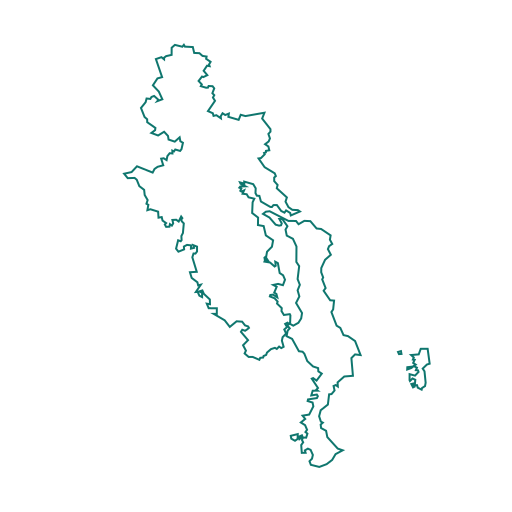 the district of Stereas Elladas, Stereá Elláda, Greece, rotated 46°
{"feature_id": "26713481B15414951167649", "entity_name": "Stereas Elladas", "entity_type": "district", "adm_level": 2, "iso_a3": "GRC", "parent_name": "Greece", "parent_adm1": "Stereá Elláda", "projection": "natural_earth1", "projection_center": [23.323, 38.611], "detail": "fine", "context": "isolated", "style": "outline", "palette": "teal", "viewbox_px": 512, "rotation_deg": 46, "n_neighbors": 0, "source": "geoboundaries", "source_scale": "gbopen_adm2", "svg_char_len": 6124}
<svg xmlns="http://www.w3.org/2000/svg" viewBox="0 0 512 512"><g transform="rotate(46 256 256)"><path d="M47.8,167.7L47.6,172.0L52.7,177.0L49.8,181.8L49.5,184.3L50.7,185.5L47.3,185.9L44.8,191.2L62.1,199.3L59.8,203.5L61.6,211.6L70.2,211.7L78.2,214.5L76.1,219.3L75.9,217.7L70.1,218.1L69.0,220.7L69.6,222.9L66.7,225.3L68.7,228.6L69.6,235.9L78.6,239.6L82.0,239.3L84.2,241.3L94.0,239.4L95.4,241.2L94.8,245.8L101.3,242.7L102.8,235.8L108.5,235.9L111.5,238.0L117.3,235.0L117.6,228.5L120.9,230.7L123.8,229.9L127.4,235.4L127.7,237.6L123.3,240.1L123.8,242.4L122.1,243.0L124.2,244.9L122.1,246.7L122.6,250.4L124.9,253.7L121.6,254.5L120.1,256.6L126.3,259.7L123.5,264.8L122.9,268.5L124.2,272.4L108.8,279.3L109.2,287.2L105.2,293.7L110.9,294.2L115.5,289.1L118.3,288.8L124.7,291.4L130.7,290.5L134.8,293.7L140.5,295.1L142.3,298.5L144.4,297.9L147.6,302.3L149.0,299.5L156.1,295.6L160.7,299.5L162.5,296.8L165.6,298.6L169.9,297.8L170.0,299.7L172.6,300.4L174.8,297.9L173.3,295.8L175.7,295.4L175.0,292.9L172.0,291.1L174.5,288.2L177.5,287.7L175.6,282.4L177.6,282.7L177.9,284.6L179.5,285.3L182.4,285.3L188.7,292.6L189.8,295.8L192.9,298.5L193.1,299.9L190.6,301.1L195.2,308.4L199.0,308.8L201.3,303.1L199.1,301.3L200.1,297.9L203.3,295.3L205.5,297.7L207.1,294.9L204.6,293.6L208.3,291.9L211.8,295.3L212.2,297.9L210.8,299.2L212.7,302.7L226.2,309.6L221.8,314.8L227.1,317.5L234.2,316.4L236.9,318.0L238.3,315.6L240.1,324.3L241.3,322.9L245.2,324.3L248.1,323.3L245.0,320.3L242.0,321.5L243.5,318.5L247.0,319.8L255.2,319.4L258.7,322.6L256.1,324.5L260.7,326.3L266.4,320.5L270.4,324.4L268.3,326.6L280.5,323.2L288.8,324.1L289.5,315.3L293.6,311.6L298.3,312.1L301.2,310.6L302.8,311.0L302.7,313.0L302.2,315.8L299.5,317.1L300.1,319.5L311.0,320.2L311.2,327.3L317.1,329.0L318.2,331.9L323.5,331.4L326.3,328.5L333.0,325.7L332.2,323.7L334.0,321.4L333.2,320.0L334.2,317.4L333.1,315.2L333.4,309.9L335.2,306.2L337.3,305.6L337.2,302.3L339.8,301.8L340.5,299.2L334.9,296.2L332.9,293.3L332.7,288.2L328.5,286.7L328.7,283.0L325.1,282.2L325.8,279.7L327.5,279.7L327.5,277.6L322.6,272.5L321.3,272.1L317.8,276.9L313.3,275.9L311.4,273.7L304.8,273.9L303.8,272.1L299.3,272.0L294.7,274.1L294.0,272.8L295.6,270.6L300.5,269.4L297.5,267.7L295.0,268.3L292.5,262.5L288.8,263.7L291.4,259.5L295.7,256.9L293.2,251.6L288.7,249.9L284.7,250.8L276.3,245.2L273.5,246.1L276.7,248.6L276.5,249.9L270.5,250.4L265.9,253.8L265.3,252.4L267.9,250.6L265.2,250.1L266.0,251.7L264.9,252.3L263.1,251.1L263.2,249.2L264.2,250.5L264.6,250.6L260.6,245.1L260.4,238.1L256.6,232.8L248.0,234.6L239.8,229.7L235.1,233.1L229.8,227.8L222.4,228.9L215.0,221.1L213.6,217.4L208.6,220.6L205.1,219.8L201.9,222.4L200.5,219.0L199.6,221.7L198.2,222.0L197.3,219.7L195.3,220.5L195.1,219.0L198.5,215.2L193.3,216.9L191.9,216.4L195.8,214.1L194.3,212.8L202.4,208.1L207.1,209.2L210.4,212.7L213.2,213.5L215.1,211.8L220.2,214.6L230.7,211.6L231.8,210.5L231.5,208.1L233.9,205.6L241.1,206.6L244.6,205.4L244.1,202.7L248.8,201.5L251.0,202.8L254.5,193.5L252.1,194.0L248.0,197.8L243.4,198.7L237.4,197.0L235.3,193.1L221.7,194.0L219.9,191.1L214.8,190.9L212.2,188.4L212.3,186.2L209.5,185.1L198.1,188.1L187.6,186.4L189.0,184.4L188.9,179.1L187.5,178.6L188.3,176.9L187.3,175.8L189.2,173.0L185.8,171.0L181.9,171.8L182.4,167.3L181.1,164.3L176.8,162.3L176.6,159.2L174.8,157.5L161.4,156.1L158.8,150.4L148.0,166.4L143.8,168.9L146.0,173.9L136.7,179.2L134.7,176.6L133.2,180.2L130.1,180.9L131.0,184.4L132.6,185.6L127.2,186.7L125.7,189.2L123.3,187.9L118.4,189.9L115.9,177.7L112.1,176.9L111.3,174.3L108.6,174.3L106.4,169.6L103.7,169.3L100.8,172.0L101.5,173.6L100.3,175.0L95.5,177.7L94.9,175.8L90.2,175.7L89.4,170.2L90.7,169.6L92.1,165.4L86.4,165.0L85.1,159.0L87.2,157.5L85.6,156.8L84.8,153.8L79.5,154.9L78.2,153.0L74.9,155.5L70.8,155.8L67.0,159.4L61.8,156.3L56.0,161.7L54.0,161.2L54.3,163.6L47.8,167.7ZM293.0,188.0L281.8,190.4L278.3,193.3L268.7,192.7L264.3,196.8L262.7,203.3L258.6,202.9L253.3,208.3L233.3,215.1L231.0,218.1L230.6,221.7L237.7,219.6L247.1,220.1L250.2,218.3L251.3,216.6L250.4,214.8L245.6,213.5L247.7,211.4L256.4,212.7L257.5,216.4L262.7,219.7L269.3,217.5L277.3,220.3L288.3,231.1L293.3,232.0L301.5,242.1L307.2,244.5L309.6,249.9L315.2,252.9L317.6,259.8L329.0,262.5L332.3,266.9L333.5,271.9L332.0,277.6L328.2,278.7L327.4,281.7L331.5,282.0L331.7,285.1L334.9,289.7L340.7,287.6L354.3,291.3L357.2,289.0L359.9,289.1L367.2,292.1L375.1,291.7L379.8,289.2L382.3,291.3L386.3,290.4L387.7,299.0L383.5,299.7L383.0,301.1L394.0,303.1L394.1,305.5L395.7,305.2L392.3,308.8L394.7,313.1L397.9,308.5L399.8,308.9L400.5,310.9L395.3,318.2L396.2,319.6L400.7,317.1L404.0,319.2L407.0,327.9L403.2,333.4L407.4,333.8L406.9,339.4L411.8,338.2L416.5,340.0L417.0,342.7L419.5,342.4L421.5,346.1L419.3,348.3L420.2,350.7L422.8,351.5L423.4,354.8L429.4,359.8L432.0,357.0L429.8,355.9L430.6,352.5L433.4,351.4L438.6,353.3L440.7,356.5L440.8,360.1L444.3,361.6L451.7,357.0L454.8,349.8L455.6,342.9L453.8,336.4L456.0,328.6L451.3,331.0L435.8,330.5L430.4,327.0L425.0,328.7L422.2,326.6L422.3,323.7L420.2,324.4L415.1,321.9L411.9,316.6L412.8,307.5L406.3,299.5L407.8,297.6L407.3,292.9L403.4,290.5L404.2,288.3L406.7,287.8L403.6,285.1L404.0,276.2L409.5,269.5L395.7,258.3L395.6,253.1L399.9,249.6L386.0,243.8L377.5,245.5L373.7,248.0L366.3,245.3L362.1,246.4L348.7,240.7L348.0,237.6L342.3,230.8L339.4,233.4L328.0,231.5L327.4,228.2L318.8,224.6L318.1,222.6L313.0,220.4L310.0,217.4L306.7,208.9L307.1,201.3L301.0,199.5L299.7,196.6L300.3,192.8L295.6,191.5L293.0,188.0ZM452.8,214.3L452.8,208.4L454.1,205.9L442.0,197.0L437.2,202.0L439.8,207.3L435.0,213.2L438.6,213.0L439.5,215.1L440.9,214.0L442.1,217.2L445.1,216.6L444.6,219.1L448.1,217.8L449.2,220.3L450.8,218.9L452.3,219.6L452.5,224.7L447.7,227.6L452.0,231.8L452.9,232.1L452.8,228.5L455.7,227.4L459.3,231.6L460.8,229.9L463.1,231.1L467.2,229.7L466.3,228.2L467.0,224.8L465.0,222.0L456.0,214.9L452.8,214.3ZM416.0,356.3L416.5,353.1L413.1,349.7L409.5,355.9L411.9,357.5L416.0,356.3ZM442.7,226.1L444.5,222.0L444.7,219.7L441.1,224.4L442.7,226.1ZM425.9,221.3L427.5,219.4L425.1,217.8L423.7,220.5L425.9,221.3ZM416.9,347.5L415.8,350.6L417.9,351.9L418.1,348.0L416.9,347.5ZM460.1,232.7L457.0,231.4L456.0,233.2L459.6,234.3L460.1,232.7Z" fill="none" stroke="#0f766e" stroke-width="2"/></g></svg>